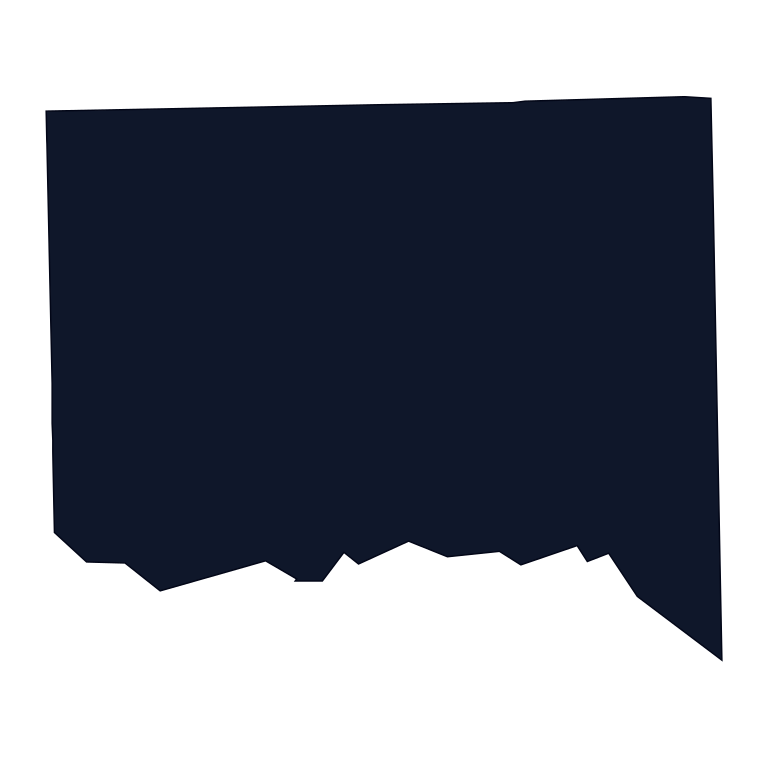 St. Helena, Louisiana, United States of America (orthographic projection), rotated 269°
{"feature_id": "52423323B72303975114408", "entity_name": "St. Helena", "entity_type": "district", "adm_level": 2, "iso_a3": "USA", "parent_name": "United States of America", "parent_adm1": "Louisiana", "projection": "orthographic", "projection_center": [-90.753, 30.825], "detail": "fine", "context": "isolated", "style": "filled", "palette": "ink", "viewbox_px": 768, "rotation_deg": 269, "n_neighbors": 0, "source": "geoboundaries", "source_scale": "gbopen_adm2", "svg_char_len": 636}
<svg xmlns="http://www.w3.org/2000/svg" viewBox="0 0 768 768"><g transform="rotate(269 384 384)"><path d="M203.0,584.2L210.9,605.7L167.2,633.6L102.0,717.0L197.0,716.8L553.6,716.3L663.9,715.8L666.0,689.4L664.3,529.9L663.0,517.9L663.3,383.5L662.7,51.0L636.1,51.1L634.6,51.1L629.8,51.2L627.7,51.2L529.9,51.6L525.8,51.6L390.1,52.2L350.5,51.5L333.3,51.9L322.5,51.7L316.2,51.7L309.8,51.7L241.3,51.9L211.3,83.5L209.6,121.9L181.1,156.6L209.3,262.5L190.6,293.3L188.6,291.8L188.1,318.9L216.4,341.0L204.5,355.4L226.5,405.8L210.2,444.4L214.7,496.5L200.8,517.7L219.1,574.3L203.0,584.2Z" fill="#0f172a" stroke="#020617" stroke-width="1.5"/></g></svg>